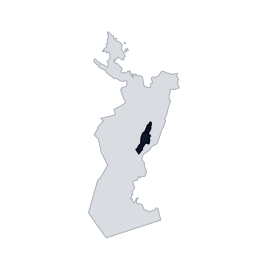 location of Peshku, Bukhoro, Uzbekistan, rotated 252°
{"feature_id": "79887680B78868749126062", "entity_name": "Peshku", "entity_type": "district", "adm_level": 2, "iso_a3": "UZB", "parent_name": "Uzbekistan", "parent_adm1": "Bukhoro", "projection": "mercator", "projection_center": [63.754, 40.677], "detail": "fine", "context": "in_parent", "style": "filled", "palette": "ink", "viewbox_px": 256, "rotation_deg": 252, "n_neighbors": 0, "source": "geoboundaries", "source_scale": "gbopen_adm2", "svg_char_len": 4898}
<svg xmlns="http://www.w3.org/2000/svg" viewBox="0 0 256 256"><g transform="rotate(252 128 128)"><path d="M198.1,117.8L201.8,116.0L203.8,117.2L204.0,117.9L201.8,119.2L199.8,119.9L199.1,121.5L197.2,122.3L195.2,124.6L192.1,126.9L192.0,127.4L192.3,127.8L193.3,128.0L195.4,129.3L197.4,128.6L197.8,128.8L198.4,129.5L198.9,131.6L199.8,132.2L202.6,133.3L204.8,133.3L205.9,133.7L206.0,133.5L206.2,130.4L207.1,130.9L208.1,130.5L208.4,129.0L208.2,127.9L209.0,127.4L209.3,127.8L209.4,128.7L210.4,129.3L211.2,130.9L211.4,132.6L213.4,133.1L214.1,132.7L214.6,132.9L214.9,135.2L215.2,135.3L216.9,134.9L218.5,135.8L220.3,137.5L222.2,137.6L222.6,137.9L224.1,137.7L225.7,138.1L225.7,138.4L225.4,138.8L221.6,140.8L220.5,142.2L219.7,142.7L217.4,141.9L217.0,142.8L217.4,143.6L216.8,144.6L215.7,144.2L215.4,143.8L214.3,144.0L212.9,145.5L212.3,146.7L211.0,147.1L209.3,148.3L208.6,147.3L207.3,147.4L205.7,146.4L204.9,146.3L197.4,147.5L196.9,147.4L196.1,145.7L194.2,144.8L194.3,144.0L198.1,140.5L198.6,139.5L197.3,138.9L197.5,138.0L195.0,135.2L194.6,135.0L194.2,135.1L193.3,137.2L186.7,140.7L185.8,140.4L184.3,139.1L183.3,138.6L182.1,139.7L182.2,141.1L181.0,142.1L182.1,145.7L182.0,146.1L181.1,146.2L181.7,147.6L181.2,147.7L178.1,147.2L174.4,148.1L174.5,148.6L177.8,148.5L178.2,148.8L178.3,149.2L178.1,149.5L176.4,149.8L176.2,150.3L177.1,151.9L176.7,152.3L176.1,152.0L175.6,153.0L174.5,152.9L173.9,156.0L173.0,157.0L171.8,157.5L164.0,156.2L162.0,157.1L160.7,158.5L159.8,161.7L159.9,162.1L163.2,163.4L163.7,165.4L167.7,165.5L168.4,165.9L168.7,166.4L168.9,166.9L167.8,170.1L168.2,173.0L168.9,174.3L171.2,176.8L171.1,178.2L170.6,179.4L169.9,180.4L169.2,180.9L168.2,182.2L167.3,183.9L165.7,186.0L165.1,187.2L164.9,190.7L164.5,191.7L164.4,191.4L163.8,191.0L162.1,190.8L161.7,190.4L159.5,191.2L158.1,190.8L156.6,189.4L153.9,188.9L150.4,189.2L150.3,185.6L150.4,182.9L151.6,180.8L151.6,180.4L151.0,179.7L148.9,179.1L146.4,177.4L144.1,176.3L142.8,176.0L141.4,176.6L140.0,176.4L133.9,172.0L128.7,168.9L125.2,165.6L123.5,166.0L119.0,162.9L116.0,159.8L106.3,152.6L104.4,150.9L103.9,150.0L103.2,145.6L102.3,143.6L101.0,142.5L100.0,140.3L98.4,135.1L97.8,134.1L94.8,131.9L93.2,131.4L91.9,131.8L91.2,132.6L90.3,132.7L86.0,131.8L81.3,132.2L77.1,129.5L76.9,129.1L76.9,128.3L77.7,126.6L77.5,125.8L77.0,124.9L77.0,124.0L77.3,123.5L78.1,123.7L78.4,123.4L78.3,122.9L77.3,121.8L75.4,120.8L75.8,120.1L75.9,118.3L76.2,117.4L75.9,117.1L74.5,115.8L69.9,115.8L68.8,115.4L67.9,114.9L67.0,112.9L66.5,112.5L63.3,111.7L60.0,108.4L59.4,109.8L58.8,110.1L56.3,109.8L55.1,110.7L58.1,114.1L58.8,115.1L58.7,115.8L57.9,115.9L57.1,114.2L56.6,113.8L53.7,112.9L52.7,113.9L52.5,115.2L51.2,117.4L49.8,117.8L46.3,118.0L45.3,118.5L44.5,119.1L43.2,121.0L41.5,122.6L42.1,128.7L43.3,130.3L42.1,131.6L30.3,130.7L30.3,73.3L47.4,67.8L59.7,64.3L87.6,83.0L88.2,83.7L88.6,85.3L89.3,86.5L98.8,97.2L112.6,95.1L126.7,96.3L132.0,93.7L136.1,98.4L138.7,100.1L142.2,106.8L145.6,105.1L145.0,113.1L144.6,115.5L144.6,120.3L150.1,120.4L151.3,128.1L152.5,132.9L153.7,133.4L164.2,132.7L165.0,133.1L166.5,132.6L167.4,134.1L168.5,135.1L167.8,138.4L169.0,139.8L171.9,141.3L173.7,141.2L174.1,140.7L174.0,139.9L173.6,139.1L173.6,138.1L173.9,137.4L175.6,134.9L178.5,132.5L179.1,131.6L179.3,130.0L180.4,129.1L182.8,128.1L183.2,127.4L186.2,125.4L189.5,124.1L191.1,123.1L192.6,121.2L194.7,119.2L195.6,119.1L196.1,119.8L196.7,119.8L198.1,117.8ZM197.4,136.5L197.0,135.5L196.5,135.2L196.3,135.3L197.1,136.6L197.4,136.5ZM203.7,152.1L201.5,152.1L201.9,150.7L201.1,150.0L200.9,149.2L201.1,148.6L201.7,148.3L202.3,149.4L204.0,149.8L203.4,150.8L203.8,151.9L203.7,152.1ZM210.4,150.6L210.0,151.9L209.0,151.3L209.1,151.0L210.4,150.6Z" fill="#d9dde1" stroke="#a8b0b8" stroke-width="1"/><path d="M121.0,149.6L121.1,148.4L121.5,148.1L121.7,148.7L122.1,149.1L122.0,149.3L122.1,149.5L122.4,149.4L123.3,149.8L123.0,150.2L123.0,150.4L123.1,150.6L123.3,150.7L123.5,150.6L123.6,150.8L124.0,150.9L124.2,151.1L124.6,151.1L125.0,151.3L125.5,151.5L125.8,151.5L126.0,151.6L126.5,151.4L126.6,151.2L126.3,151.1L126.3,150.9L126.2,150.8L126.2,150.4L126.1,150.1L125.6,149.7L125.3,149.5L125.1,149.4L125.1,149.2L125.0,148.9L125.0,148.4L124.5,147.6L123.9,146.8L123.0,146.1L122.1,146.0L121.9,145.4L121.3,145.0L121.0,144.3L120.3,144.0L120.1,143.9L120.1,143.7L119.7,143.5L119.3,143.0L118.9,143.4L118.9,141.7L118.7,141.6L118.7,141.3L118.1,141.2L118.1,140.7L117.9,140.5L118.1,140.2L115.4,138.0L114.2,137.4L110.7,135.9L109.4,135.9L107.7,132.7L105.8,131.0L105.1,129.1L100.3,130.4L103.5,135.2L104.3,134.9L108.4,139.9L108.0,141.2L107.7,141.8L107.4,141.7L106.8,142.4L106.8,143.1L109.6,144.7L110.6,144.9L110.8,144.6L111.1,144.6L112.5,145.5L113.4,146.5L113.5,146.8L114.6,146.5L114.7,146.2L114.8,146.1L114.8,145.8L115.4,145.5L116.4,145.7L116.6,145.4L117.2,146.0L117.6,146.6L118.2,146.6L118.3,147.2L118.8,147.9L119.3,147.9L119.6,148.0L119.6,148.5L120.4,149.1L120.4,149.4L121.0,149.6Z" fill="#0f172a" stroke="#020617" stroke-width="1.5"/></g></svg>